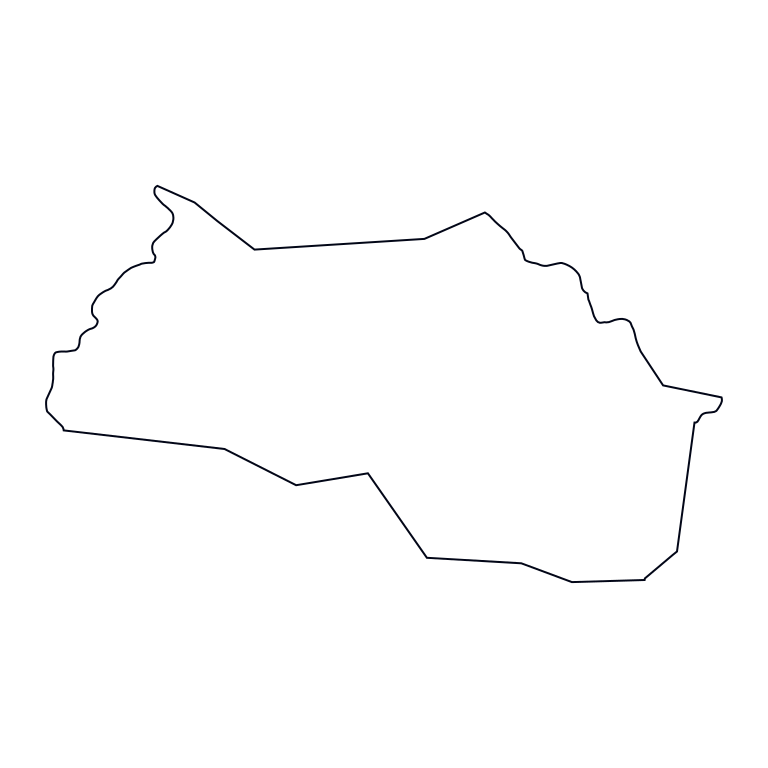 the district of Ilama, Santa Bárbara, Honduras
{"feature_id": "27666195B62278865875513", "entity_name": "Ilama", "entity_type": "district", "adm_level": 2, "iso_a3": "HND", "parent_name": "Honduras", "parent_adm1": "Santa Bárbara", "projection": "orthographic", "projection_center": [-88.165, 15.052], "detail": "fine", "context": "isolated", "style": "outline", "palette": "ink", "viewbox_px": 768, "rotation_deg": 0, "n_neighbors": 0, "source": "geoboundaries", "source_scale": "gbopen_adm2", "svg_char_len": 5981}
<svg xmlns="http://www.w3.org/2000/svg" viewBox="0 0 768 768"><path d="M484.9,212.5L424.4,238.9L254.5,249.6L217.4,221.1L194.6,202.5L157.4,185.9L156.1,186.7L155.8,187.0L155.4,187.5L155.1,187.8L154.9,188.2L154.8,188.5L154.6,189.0L154.5,189.7L154.4,190.6L154.4,191.5L154.4,192.3L154.5,193.0L154.6,193.6L154.8,194.2L155.1,194.9L155.4,195.4L155.9,196.1L156.4,196.8L156.9,197.5L159.3,200.3L162.2,203.4L162.9,204.1L163.7,204.8L164.2,205.2L165.5,206.1L166.1,206.7L167.7,208.0L169.2,209.5L170.2,210.4L171.0,211.3L171.7,212.1L172.2,212.8L172.5,213.4L172.7,213.9L173.0,214.7L173.2,215.7L173.3,216.7L173.4,217.5L173.4,218.5L173.3,219.8L173.0,221.0L172.9,221.6L172.7,222.5L172.5,223.1L172.3,223.5L172.0,224.1L171.7,224.7L171.1,225.6L170.0,227.3L168.9,228.6L167.7,230.0L166.8,230.8L166.5,231.2L166.0,231.5L165.4,231.9L164.4,232.4L163.9,232.7L163.4,233.1L162.5,233.8L160.4,235.6L157.7,238.1L156.3,239.4L155.1,240.6L154.2,241.5L153.9,242.0L153.5,242.4L153.3,242.8L153.0,243.4L152.8,244.1L152.5,245.0L152.3,245.7L152.2,246.4L152.2,247.2L152.2,248.2L152.3,249.2L152.4,249.9L152.6,250.9L152.8,251.9L153.0,252.5L153.3,253.1L153.5,253.6L153.8,254.1L154.1,254.4L154.6,255.0L155.0,255.4L155.1,255.8L155.2,256.1L155.3,256.6L155.4,257.0L155.4,257.5L155.1,258.8L154.6,260.6L154.3,261.5L154.1,261.9L153.9,262.0L153.7,262.2L153.4,262.3L153.0,262.5L152.6,262.6L152.2,262.7L151.7,262.8L151.3,262.8L150.5,262.8L149.6,262.8L148.6,262.8L145.2,263.1L142.9,263.5L142.1,263.6L141.1,263.9L139.7,264.6L138.5,265.0L135.9,265.9L133.3,266.9L131.7,267.6L130.7,268.1L130.0,268.6L128.2,269.8L125.0,272.1L124.4,272.5L124.0,272.9L123.2,273.7L122.5,274.5L120.6,276.7L118.6,278.8L118.1,279.4L117.5,280.2L116.5,282.0L115.8,283.0L115.4,283.6L114.4,285.0L113.4,286.2L112.7,287.0L112.1,287.4L111.5,287.9L111.0,288.3L110.1,288.8L109.5,289.1L108.9,289.4L108.0,289.9L106.6,290.4L105.8,290.7L105.0,291.1L104.1,291.6L102.6,292.5L101.9,293.0L101.0,293.6L99.6,294.6L98.7,295.4L98.3,295.8L97.7,296.4L97.4,296.9L96.9,297.5L96.0,298.9L95.3,300.1L93.8,302.7L93.0,304.0L92.5,305.1L92.3,305.6L92.2,306.0L92.1,307.4L92.0,308.6L92.0,309.7L92.0,311.5L92.1,312.4L92.2,312.9L92.3,313.4L92.5,314.0L92.7,314.5L93.0,315.0L93.4,315.7L93.9,316.2L94.5,316.8L95.5,317.8L95.9,318.2L96.4,318.8L96.8,319.2L97.3,320.0L97.5,320.5L97.6,320.9L97.7,321.3L97.6,321.8L97.5,322.5L97.3,323.2L97.0,323.9L96.8,324.4L96.4,325.1L96.1,325.6L95.6,326.1L95.1,326.6L94.4,327.2L93.5,327.7L92.8,328.1L92.1,328.4L91.5,328.6L90.3,328.9L89.3,329.3L87.9,330.0L86.0,331.2L84.9,332.0L83.5,333.2L82.6,334.0L81.7,334.9L81.1,335.8L80.6,336.5L80.3,337.3L80.1,338.2L79.8,339.1L79.7,339.9L79.6,341.0L79.5,342.6L79.3,343.8L79.2,344.4L78.8,345.7L78.6,346.4L78.4,346.9L78.2,347.3L77.9,347.7L77.5,348.2L77.1,348.7L76.8,349.0L76.3,349.4L75.9,349.8L75.3,350.2L74.9,350.3L74.4,350.4L71.6,350.8L68.6,351.3L67.4,351.5L66.1,351.6L63.5,351.5L61.8,351.5L59.2,351.7L57.5,352.0L56.7,352.2L56.1,352.3L55.8,352.5L55.5,352.7L55.2,352.9L54.7,353.5L54.3,354.2L53.8,355.3L53.5,356.5L53.4,356.8L53.4,357.2L53.2,360.5L53.1,365.3L53.1,366.1L53.3,367.5L53.4,368.6L53.4,370.0L53.2,372.0L53.1,373.3L53.1,374.5L53.2,376.6L53.2,377.7L53.2,379.0L52.9,381.0L52.8,382.2L52.4,384.5L52.3,385.4L51.9,387.3L51.6,388.1L51.2,389.0L46.8,398.6L46.6,399.1L46.4,399.6L46.4,400.1L46.2,400.8L46.1,402.1L46.1,403.3L46.1,404.4L46.2,405.7L46.3,407.3L46.6,409.1L46.9,410.4L47.1,411.2L47.2,411.4L47.4,411.7L47.9,412.2L50.3,414.5L56.3,420.7L57.2,421.6L60.3,424.5L61.4,425.6L62.1,426.4L62.4,426.7L62.7,427.1L62.9,427.6L63.1,428.1L63.3,428.6L63.5,429.1L63.7,430.4L224.5,449.0L296.1,485.2L367.9,473.3L426.9,557.8L521.3,563.3L571.9,582.1L644.6,580.0L644.9,578.4L672.9,554.8L677.0,551.5L694.5,422.5L694.8,422.5L695.3,422.6L695.7,422.6L695.9,422.5L696.2,422.4L696.7,422.2L697.0,421.9L697.5,421.6L697.8,421.1L698.5,420.1L698.9,419.3L700.0,417.3L700.6,416.3L701.1,415.6L701.5,415.1L702.0,414.6L702.6,414.2L703.2,413.8L703.9,413.5L704.5,413.3L705.4,413.0L706.4,412.8L707.5,412.7L709.3,412.5L710.9,412.4L712.3,412.2L713.6,412.0L714.3,411.9L715.1,411.5L715.8,411.2L716.4,410.8L716.9,410.2L717.4,409.5L718.0,408.7L719.1,407.0L720.1,405.3L720.6,404.4L721.0,403.6L721.3,402.8L721.6,401.9L721.8,401.4L721.9,400.7L721.9,400.1L721.9,399.5L721.8,398.7L721.7,398.0L721.5,397.4L663.1,385.4L640.7,351.5L639.3,348.3L637.9,345.0L636.7,341.7L635.7,338.2L634.8,334.0L634.3,332.2L633.5,329.5L631.9,326.3L631.1,324.2L630.5,322.7L630.0,322.2L629.3,321.4L628.2,320.8L626.8,320.0L625.1,319.4L622.3,318.9L619.7,319.0L617.7,319.3L614.6,320.0L611.5,321.2L608.9,322.1L606.3,322.4L604.3,322.2L603.4,322.4L601.4,322.7L599.9,322.8L598.9,322.4L598.0,322.1L596.3,320.4L595.2,318.4L594.0,316.2L593.0,313.0L592.0,309.3L591.2,306.8L590.5,305.1L590.0,303.7L589.5,302.3L589.1,301.1L588.4,299.6L587.5,293.4L586.5,292.9L586.0,292.7L585.2,292.2L584.5,291.6L583.9,291.0L583.4,290.5L582.9,289.7L582.4,288.9L582.1,288.3L581.9,287.5L581.5,285.3L580.7,281.1L580.4,279.7L580.0,277.4L579.8,276.8L579.6,276.3L579.3,275.6L579.0,275.0L578.8,274.5L578.4,274.0L577.8,273.2L577.1,272.4L576.1,271.2L575.1,270.3L574.5,269.6L573.7,269.0L572.5,268.0L571.8,267.5L570.7,266.8L569.2,265.9L568.3,265.5L567.4,265.0L566.5,264.6L564.8,263.9L563.9,263.6L563.1,263.4L561.9,263.0L561.4,263.0L561.0,263.0L560.2,263.0L559.2,263.2L557.4,263.5L547.2,265.8L546.4,265.9L545.9,265.9L545.5,265.9L544.8,265.9L543.9,265.8L543.0,265.7L541.7,265.4L541.0,265.2L540.3,265.0L539.6,264.7L538.2,264.1L537.7,263.9L536.8,263.6L535.1,263.2L532.1,262.7L530.4,262.2L528.7,261.7L527.2,261.1L526.3,260.7L525.7,260.3L525.3,260.1L525.1,259.8L524.9,259.6L524.8,259.2L524.5,258.4L523.9,256.0L523.5,254.6L522.6,251.8L522.5,251.3L522.3,250.9L522.0,250.5L521.7,250.2L520.7,249.5L519.9,248.9L519.5,248.5L519.0,247.9L511.3,237.8L510.5,236.7L509.4,235.0L508.8,234.1L507.8,232.8L506.6,231.5L505.4,230.3L504.4,229.5L502.6,228.1L500.0,226.0L497.5,223.8L496.2,222.6L495.0,221.5L493.5,219.9L492.2,218.6L490.2,216.4L489.3,215.6L488.8,215.1L488.3,214.7L487.7,214.4L486.2,213.4L485.5,212.9L484.9,212.5Z" fill="none" stroke="#020617" stroke-width="2"/></svg>